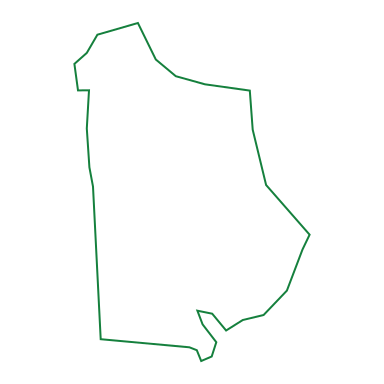 Metcalfe, Kentucky, United States of America
{"feature_id": "52423323B28840304058725", "entity_name": "Metcalfe", "entity_type": "district", "adm_level": 2, "iso_a3": "USA", "parent_name": "United States of America", "parent_adm1": "Kentucky", "projection": "equal_earth", "projection_center": [-85.626, 37.0], "detail": "fine", "context": "isolated", "style": "outline", "palette": "green", "viewbox_px": 384, "rotation_deg": 0, "n_neighbors": 0, "source": "geoboundaries", "source_scale": "gbopen_adm2", "svg_char_len": 479}
<svg xmlns="http://www.w3.org/2000/svg" viewBox="0 0 384 384"><path d="M97.4,34.7L86.8,52.9L74.4,63.9L78.0,90.4L89.0,90.3L86.8,128.5L89.4,167.3L93.0,186.6L100.7,339.2L189.4,347.3L196.8,350.2L201.2,361.0L211.7,356.5L216.3,342.2L202.6,324.4L197.4,310.7L212.2,313.7L226.1,330.5L242.8,320.0L263.6,315.0L286.9,290.6L302.5,249.5L309.6,234.7L266.1,185.0L252.7,129.7L249.8,90.6L204.9,84.3L175.8,76.2L155.8,59.5L137.9,23.0L97.4,34.7Z" fill="none" stroke="#15803d" stroke-width="2"/></svg>